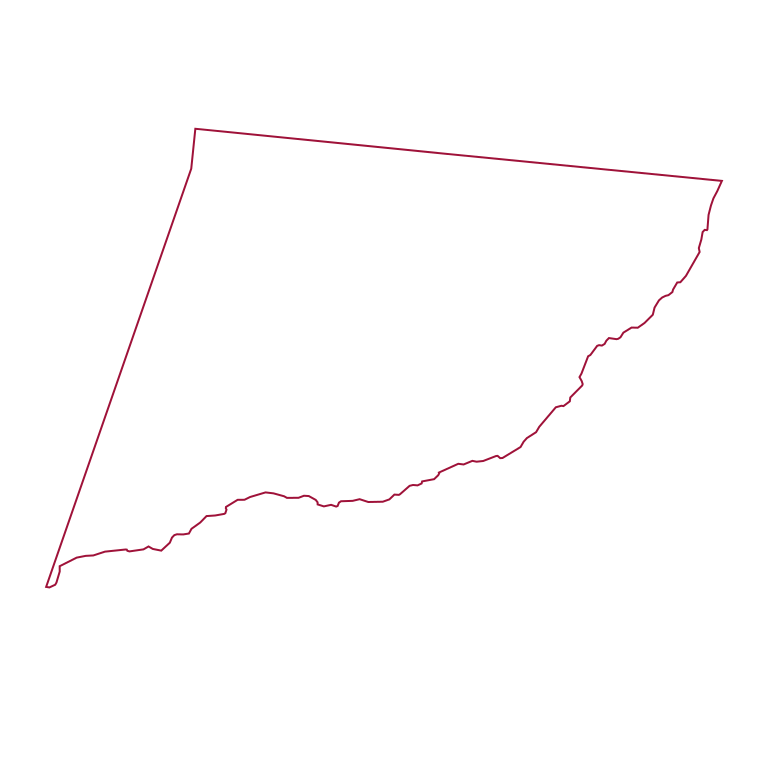 the district of Presidio, Texas, United States of America, rotated 276°
{"feature_id": "52423323B92102614150660", "entity_name": "Presidio", "entity_type": "district", "adm_level": 2, "iso_a3": "USA", "parent_name": "United States of America", "parent_adm1": "Texas", "projection": "mercator", "projection_center": [-104.492, 29.947], "detail": "fine", "context": "isolated", "style": "outline", "palette": "rose", "viewbox_px": 768, "rotation_deg": 276, "n_neighbors": 0, "source": "geoboundaries", "source_scale": "gbopen_adm2", "svg_char_len": 1790}
<svg xmlns="http://www.w3.org/2000/svg" viewBox="0 0 768 768"><g transform="rotate(276 384 384)"><path d="M146.9,69.2L146.7,72.5L150.0,78.0L152.3,79.0L163.6,81.1L168.9,80.5L179.2,96.5L181.9,105.3L183.1,112.8L188.1,124.0L192.4,144.3L192.4,145.5L191.3,146.2L190.9,148.3L194.4,162.1L197.8,166.8L195.8,171.3L195.0,179.9L203.8,187.6L209.1,189.2L211.8,191.3L212.9,193.8L213.4,200.0L214.9,205.6L219.9,207.7L227.0,215.7L234.1,221.3L235.6,229.9L238.1,238.6L238.9,239.7L242.6,240.5L243.8,239.7L245.2,239.7L253.5,250.5L254.3,257.4L257.6,262.6L263.8,277.5L263.7,285.5L261.9,296.4L260.6,299.4L261.9,310.9L264.5,316.1L264.7,320.9L261.6,328.2L259.4,330.3L257.3,330.6L256.0,337.0L258.3,344.0L257.1,349.2L257.8,350.6L261.3,351.6L262.9,353.5L264.5,365.0L266.9,371.8L265.0,380.7L266.8,395.1L269.8,401.4L275.1,405.9L275.3,410.4L276.0,411.4L285.4,420.1L286.6,423.4L286.7,428.0L289.0,431.8L291.1,432.1L294.6,443.8L299.0,447.5L301.1,448.3L301.7,447.9L312.4,466.2L312.3,471.6L316.8,479.9L316.4,484.2L317.8,490.7L324.1,503.0L324.4,504.5L322.4,507.3L322.8,509.6L335.6,526.4L341.2,528.9L345.2,531.8L352.0,540.3L357.7,542.9L378.8,557.3L380.9,562.7L380.8,564.8L386.2,570.6L390.1,570.7L403.3,581.3L404.7,581.6L407.6,580.3L411.3,577.7L415.0,579.3L432.9,584.1L434.4,586.2L444.2,592.0L445.1,593.8L445.0,596.7L446.9,599.2L450.3,600.6L453.2,602.9L452.9,610.6L453.5,612.3L455.2,614.3L460.1,616.7L466.0,624.3L466.5,630.5L471.9,636.7L481.0,644.1L488.3,645.1L495.9,648.7L499.1,651.6L501.1,654.8L502.1,657.6L505.6,661.2L508.1,661.6L515.6,665.0L516.2,668.1L523.1,673.0L548.3,684.1L552.1,682.9L560.9,684.5L568.4,685.0L570.8,686.8L570.8,689.1L571.5,689.5L586.1,689.1L595.6,690.5L603.0,692.2L610.7,695.3L621.3,698.8L619.4,422.8L618.1,169.7L578.0,169.8L338.5,113.9L146.9,69.2Z" fill="none" stroke="#9f1239" stroke-width="2"/></g></svg>